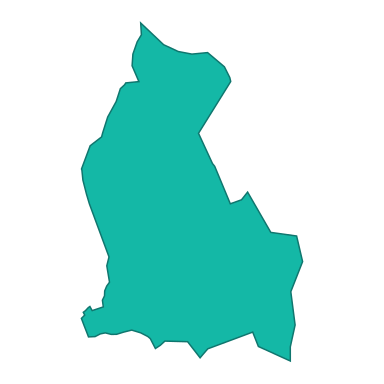 Olorunda, Osun, Nigeria (Equal Earth projection)
{"feature_id": "59680162B28193395760126", "entity_name": "Olorunda", "entity_type": "district", "adm_level": 2, "iso_a3": "NGA", "parent_name": "Nigeria", "parent_adm1": "Osun", "projection": "equal_earth", "projection_center": [4.578, 7.861], "detail": "fine", "context": "isolated", "style": "filled", "palette": "teal", "viewbox_px": 384, "rotation_deg": 0, "n_neighbors": 0, "source": "geoboundaries", "source_scale": "gbopen_adm2", "svg_char_len": 1045}
<svg xmlns="http://www.w3.org/2000/svg" viewBox="0 0 384 384"><path d="M296.6,236.0L270.8,232.4L247.6,192.1L241.5,199.8L230.3,203.8L214.7,166.3L212.5,163.6L198.5,133.3L230.6,81.7L230.7,81.4L229.8,77.6L224.4,66.8L207.6,52.6L191.9,54.1L178.2,51.5L163.6,44.7L140.7,23.0L141.4,34.8L137.2,41.8L132.9,54.1L132.1,65.8L138.9,81.6L125.8,82.9L124.5,84.9L120.4,88.6L116.2,101.5L107.7,117.0L102.6,133.1L101.6,136.9L90.2,145.7L81.5,169.0L81.9,170.1L82.9,180.1L86.5,194.2L89.4,203.9L109.0,256.9L106.8,265.8L109.5,282.2L106.7,286.1L104.7,290.9L104.5,295.9L102.4,300.2L103.3,306.9L92.2,310.6L91.7,309.8L89.9,306.5L88.3,307.6L85.4,310.7L83.3,312.3L84.7,315.1L81.4,318.4L84.0,325.3L86.7,332.2L88.5,336.9L95.1,336.6L100.3,333.9L105.3,332.9L111.3,334.4L116.6,334.3L123.7,332.1L131.7,330.1L140.6,332.8L147.8,336.5L150.3,338.6L155.4,348.5L160.3,345.3L164.9,341.1L187.6,341.7L200.1,357.8L202.8,354.6L207.8,348.8L252.7,332.1L258.4,346.5L290.3,361.0L290.3,346.9L295.1,325.0L290.8,291.7L302.6,261.6L296.6,236.0Z" fill="#14b8a6" stroke="#0f766e" stroke-width="1.5"/></svg>